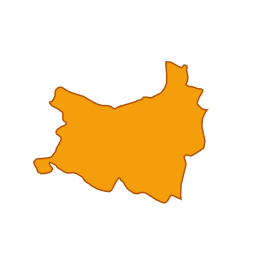 an SVG outline of Kavadartsi, rotated 300°
{"feature_id": "MKD-2936", "entity_name": "Kavadartsi", "entity_type": "Statistical Region", "adm_level": 1, "iso_a3": "MKD", "parent_name": "North Macedonia", "parent_adm1": "", "projection": "equal_earth", "projection_center": [22.013, 41.306], "detail": "fine", "context": "isolated", "style": "filled", "palette": "amber", "viewbox_px": 256, "rotation_deg": 300, "n_neighbors": 0, "source": "natural_earth", "source_scale": "10m", "svg_char_len": 2222}
<svg xmlns="http://www.w3.org/2000/svg" viewBox="0 0 256 256"><g transform="rotate(300 128 128)"><path d="M183.2,187.4L180.7,187.1L173.6,187.7L166.5,191.0L155.2,201.1L148.7,203.5L146.3,202.6L135.9,197.1L135.1,195.9L134.6,193.8L133.7,191.8L131.4,191.0L130.1,191.8L126.9,195.4L125.4,196.5L105.3,202.3L95.8,207.4L92.9,209.5L92.9,209.4L92.2,204.6L92.2,201.1L91.4,198.9L89.6,198.7L87.9,198.7L85.3,198.7L82.9,198.1L81.1,196.8L80.5,193.7L80.0,187.8L80.5,179.8L80.4,174.6L78.0,170.7L76.4,169.8L74.5,166.2L74.7,161.4L75.2,157.6L77.1,153.8L78.7,151.1L79.3,147.7L80.4,146.5L79.8,144.8L78.5,144.8L74.5,144.4L72.4,144.6L69.7,144.8L66.5,144.8L63.8,144.0L62.3,141.0L60.7,135.6L59.9,132.0L59.8,125.9L60.3,121.5L60.3,119.2L60.9,116.2L61.7,115.0L62.7,112.9L62.8,109.9L62.9,107.0L62.2,103.4L60.4,100.5L58.8,98.3L58.1,94.7L58.4,90.5L58.4,86.7L59.6,84.4L59.6,79.4L58.9,77.3L57.4,78.1L56.5,79.6L55.7,81.7L54.9,83.2L51.9,83.2L50.3,82.1L46.9,78.6L45.0,75.6L45.0,72.4L45.0,71.8L47.7,68.7L49.5,65.3L51.4,63.4L55.1,64.1L56.6,65.8L56.8,66.2L58.6,68.9L61.8,73.3L64.6,76.2L70.1,76.9L72.6,76.9L74.6,76.2L79.5,76.2L84.3,76.0L86.5,74.4L87.1,69.1L88.6,67.6L91.3,67.6L93.4,68.5L96.0,69.7L98.5,71.8L100.3,72.5L101.9,71.8L102.0,68.7L103.3,67.0L105.6,65.8L108.8,63.7L109.6,56.9L109.2,51.5L110.2,48.1L111.2,47.1L113.4,49.0L116.8,49.0L119.5,48.8L122.7,46.9L125.3,46.5L128.5,47.7L130.1,50.0L129.9,58.4L130.7,63.2L131.7,67.6L133.1,73.9L133.0,80.9L133.1,88.4L134.6,94.7L137.3,99.3L137.9,102.7L137.8,105.2L137.9,107.1L141.0,108.8L142.8,110.1L142.3,110.1L145.3,112.6L150.6,117.7L153.6,120.5L155.2,121.9L156.4,122.3L157.5,123.5L158.7,124.9L160.5,125.8L162.5,126.1L163.9,128.4L165.5,132.8L169.9,135.8L175.1,139.1L180.7,139.8L185.9,139.1L193.7,134.7L202.6,128.6L204.5,127.9L204.5,128.2L205.5,130.3L206.2,131.7L206.5,134.1L206.5,139.3L206.5,141.5L206.9,144.0L208.6,144.8L210.2,144.8L211.0,145.9L210.9,148.3L209.1,149.2L207.8,149.5L204.7,152.1L202.1,154.3L198.4,156.1L196.9,156.1L195.7,156.3L194.6,156.4L194.3,159.0L195.3,162.0L196.2,164.2L196.7,167.9L197.5,169.8L198.2,171.7L198.2,173.7L197.3,174.3L195.2,174.4L190.7,174.3L185.4,175.1L183.5,176.0L182.5,178.2L182.1,181.0L181.5,182.7L183.1,187.3L183.2,187.4Z" fill="#f59e0b" stroke="#b45309" stroke-width="1.5"/></g></svg>